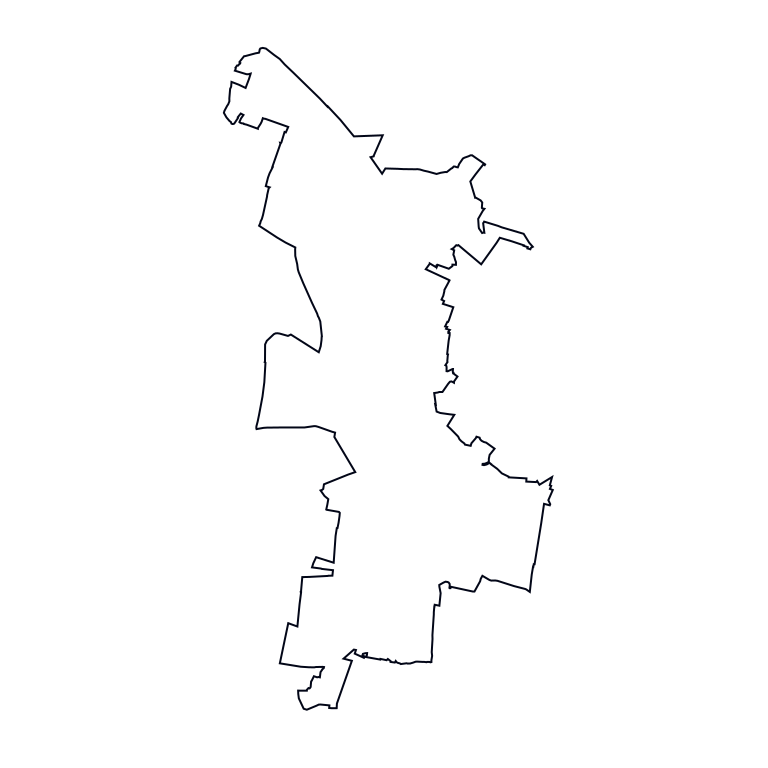 San Pedro Tlaquepaque, Jalisco, Mexico, rotated 93°
{"feature_id": "50627088B40008618856447", "entity_name": "San Pedro Tlaquepaque", "entity_type": "district", "adm_level": 2, "iso_a3": "MEX", "parent_name": "Mexico", "parent_adm1": "Jalisco", "projection": "orthographic", "projection_center": [-103.358, 20.593], "detail": "fine", "context": "isolated", "style": "outline", "palette": "ink", "viewbox_px": 768, "rotation_deg": 93, "n_neighbors": 0, "source": "geoboundaries", "source_scale": "gbopen_adm2", "svg_char_len": 6117}
<svg xmlns="http://www.w3.org/2000/svg" viewBox="0 0 768 768"><g transform="rotate(93 384 384)"><path d="M239.2,242.6L235.3,246.4L226.7,252.4L221.4,274.6L220.1,278.5L216.6,292.5L217.6,292.9L218.2,293.4L227.7,291.7L227.6,292.8L228.1,293.9L223.7,297.3L221.8,297.7L214.2,298.6L206.1,294.5L203.8,292.9L203.4,295.2L203.0,295.5L197.6,295.4L195.6,297.1L193.0,302.3L193.2,302.7L177.2,308.4L169.9,303.6L159.8,296.5L159.5,296.2L160.2,294.9L159.4,294.5L151.0,308.0L151.1,309.6L152.1,311.4L153.8,315.5L154.7,317.0L160.3,320.4L163.8,321.6L163.6,323.1L163.1,324.6L163.2,325.8L164.0,326.4L164.2,326.8L164.8,327.1L165.3,328.1L169.1,332.4L169.1,333.9L170.1,338.4L171.5,342.5L169.6,351.1L168.9,355.3L167.9,359.4L167.7,362.1L167.9,363.5L168.4,376.0L168.4,381.8L168.7,393.9L174.1,396.9L158.2,409.3L157.2,406.2L156.6,406.2L135.7,398.3L138.3,427.0L122.6,441.3L109.7,454.7L110.1,454.9L102.4,462.9L77.8,490.9L70.1,499.9L64.9,505.1L61.2,510.9L55.2,519.5L54.7,522.7L55.4,525.0L56.3,525.6L58.8,525.9L59.7,526.2L60.5,529.6L63.8,539.7L64.0,540.9L70.0,545.2L70.7,545.0L71.0,544.3L71.3,544.4L71.8,544.7L72.4,545.5L73.6,546.3L73.6,547.4L76.0,548.9L76.3,548.6L77.5,548.7L78.9,549.3L81.8,537.7L81.8,535.8L81.0,533.4L81.5,533.5L86.5,534.8L94.0,537.2L95.6,537.7L92.7,544.7L90.3,552.1L95.1,552.2L97.3,553.1L106.8,553.4L109.8,553.2L113.0,554.3L114.2,555.1L119.5,557.6L121.6,558.1L126.0,555.3L129.5,552.0L130.4,550.6L131.9,550.0L132.3,549.1L132.3,548.4L131.8,547.2L126.3,543.9L125.8,543.7L125.3,544.0L121.4,541.2L122.7,538.4L126.3,540.7L130.0,542.1L130.6,541.3L131.1,539.8L131.2,537.9L131.4,537.6L131.7,537.5L132.2,534.8L135.6,523.6L135.7,523.3L134.9,523.3L130.5,520.8L128.5,519.9L124.9,518.9L125.3,517.8L125.4,516.4L132.3,493.1L137.9,495.2L137.5,496.5L148.1,499.1L148.9,499.6L148.7,500.3L149.5,500.0L173.2,506.9L173.3,506.5L179.6,509.3L183.8,510.6L192.6,512.4L193.6,508.5L194.6,509.4L201.6,510.6L202.8,510.6L221.7,513.7L225.5,514.6L228.1,515.7L229.9,516.0L232.5,517.0L243.4,498.3L247.9,489.7L252.3,479.7L254.0,479.8L260.8,479.3L268.7,477.0L274.1,476.0L276.9,475.0L287.6,469.9L306.6,460.2L317.1,454.5L320.0,453.4L320.9,452.7L324.9,450.9L339.9,448.5L340.1,448.7L343.4,448.7L349.6,449.2L355.7,450.8L339.5,479.6L341.0,482.4L339.1,490.9L338.9,493.0L339.1,494.9L340.0,496.6L347.0,503.3L350.7,504.8L368.2,504.0L368.4,504.2L368.9,503.5L388.5,503.6L403.0,504.7L421.6,507.2L428.1,508.2L432.9,509.2L434.8,509.2L435.7,508.9L434.1,502.0L433.7,498.7L432.7,482.9L431.6,461.3L429.7,451.5L429.7,449.8L430.3,447.2L434.4,433.4L435.1,430.3L439.5,430.8L473.5,408.1L476.3,415.0L487.3,438.7L492.0,439.2L493.0,440.3L493.6,441.8L499.0,437.5L501.9,433.6L507.6,434.3L512.4,435.1L512.6,434.7L514.1,422.3L515.0,421.4L518.1,421.5L524.9,422.1L530.3,422.9L530.4,423.6L538.2,424.4L565.1,424.9L560.5,442.7L566.7,445.2L570.9,446.3L571.6,437.2L571.9,436.6L572.6,425.2L578.1,425.5L578.4,429.6L578.6,429.9L580.6,448.8L581.1,455.5L595.5,456.0L595.7,456.3L596.3,456.2L596.4,455.9L608.3,456.8L630.7,457.8L627.9,467.1L668.4,473.4L670.7,452.3L670.8,443.9L670.6,438.8L670.2,437.2L669.7,430.4L669.8,429.1L670.9,429.3L672.3,430.8L672.8,430.9L675.0,432.3L680.3,432.7L680.0,434.3L680.3,434.8L680.4,435.5L679.5,438.7L684.2,440.7L684.8,441.2L690.4,441.4L691.7,442.2L691.9,442.5L691.6,443.5L693.4,445.0L694.3,445.0L694.7,453.7L698.0,453.4L702.4,452.6L712.5,447.2L713.3,444.0L708.8,434.6L707.6,432.4L707.4,430.6L707.8,421.7L710.4,421.8L710.5,419.3L710.2,414.3L705.6,414.3L662.1,401.6L660.4,410.0L650.8,400.2L651.1,398.1L654.8,399.1L658.5,389.7L657.0,389.2L656.3,391.4L654.6,390.9L653.8,388.5L653.6,386.8L655.8,386.9L657.6,387.7L659.4,373.3L658.7,373.2L659.7,366.9L658.4,365.8L660.4,362.9L661.2,362.9L661.6,358.6L660.0,357.8L661.2,356.8L661.7,355.8L662.2,353.5L662.8,352.6L661.7,346.8L662.0,345.5L661.8,344.5L661.8,343.4L660.7,340.3L659.7,338.0L659.5,336.5L659.5,330.6L659.4,329.5L659.6,326.9L659.3,326.5L659.2,324.0L659.5,323.1L659.2,322.1L657.4,322.2L653.0,321.7L649.3,322.3L636.1,322.2L632.3,322.5L611.6,322.2L609.3,322.3L603.5,322.1L603.5,321.9L601.8,321.8L602.5,317.1L589.9,316.5L583.5,318.1L581.8,318.3L579.2,314.2L578.2,312.2L578.4,310.1L578.9,309.0L580.2,308.0L582.0,307.8L584.0,308.0L584.4,307.9L584.5,307.6L584.4,307.0L582.9,307.2L586.6,284.4L586.5,282.8L576.0,277.7L573.5,277.2L570.4,275.7L574.2,268.4L574.7,266.6L574.4,262.7L574.6,260.4L579.0,243.6L581.3,232.3L581.7,231.2L584.0,227.5L566.6,226.5L558.7,225.6L558.8,225.3L556.1,225.0L556.1,224.2L555.1,224.1L514.7,219.7L495.3,217.9L496.5,212.1L495.3,211.7L491.4,213.8L481.0,209.9L480.1,212.8L477.0,211.7L476.5,213.1L468.1,211.3L476.5,223.5L472.8,226.0L474.0,227.0L474.0,236.8L470.8,236.8L470.7,254.6L470.0,254.7L467.1,261.6L462.8,266.5L458.6,272.9L458.4,272.8L457.2,274.5L458.8,276.9L459.2,277.9L459.8,279.9L459.6,281.4L458.6,281.3L458.3,279.1L457.3,276.9L456.2,275.2L453.2,275.4L449.2,274.8L442.8,270.2L437.2,278.9L436.7,281.2L435.6,283.6L434.2,285.1L432.6,285.7L431.8,288.9L433.3,289.5L438.6,293.6L441.2,294.2L440.3,300.0L439.2,300.6L437.2,303.6L435.3,305.7L432.6,307.2L425.7,314.7L422.5,318.5L411.1,312.2L410.8,317.1L410.0,326.3L408.8,330.0L401.7,331.8L401.9,331.2L390.4,333.4L389.7,329.9L389.1,328.4L388.9,325.2L380.4,319.9L378.3,318.3L377.9,316.9L378.3,315.8L379.1,314.2L377.8,314.2L372.7,311.0L370.3,314.6L369.3,315.1L369.5,315.6L368.0,316.0L365.4,315.9L365.4,316.2L368.0,321.1L367.9,322.2L363.7,322.4L362.4,322.8L362.0,323.7L358.7,321.7L358.0,322.0L352.1,321.8L351.1,321.6L350.8,322.5L337.4,321.7L331.7,321.0L329.7,321.1L329.7,322.4L328.9,322.5L328.9,321.9L327.7,321.9L326.6,321.1L325.6,324.9L323.7,323.9L323.3,326.0L318.6,324.0L318.7,323.3L317.2,322.6L303.7,318.8L300.9,329.4L298.0,328.3L296.7,331.0L292.7,329.4L288.2,328.6L286.9,328.6L277.8,324.3L277.8,324.5L276.9,324.2L267.2,348.3L261.5,344.6L261.2,344.6L264.5,338.4L263.5,338.0L264.6,337.5L262.2,336.6L265.5,325.3L262.7,321.9L261.2,321.9L261.2,318.4L258.5,318.5L256.3,319.5L253.2,320.5L251.3,321.5L246.8,320.9L245.7,323.4L244.6,321.7L241.6,319.1L241.9,317.9L241.4,317.0L259.4,293.2L237.2,279.0L231.9,276.0L234.8,263.9L238.2,251.6L238.7,251.8L239.8,247.6L241.1,247.9L241.4,246.6L241.8,244.9L240.8,244.6L240.1,244.1L239.2,242.6Z" fill="none" stroke="#020617" stroke-width="2"/></g></svg>